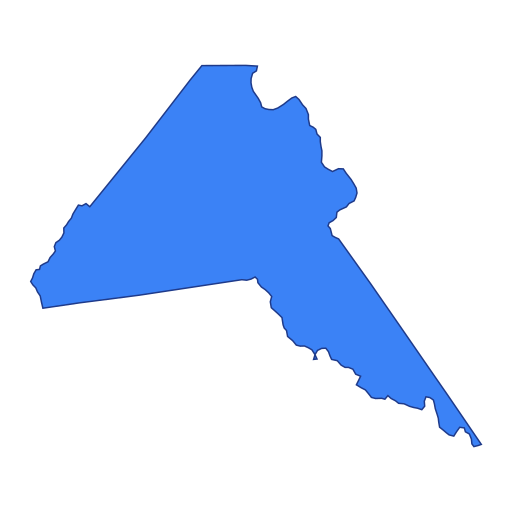 the district of Nina Rodrigues, Maranhão, Brazil
{"feature_id": "56859067B57763706087403", "entity_name": "Nina Rodrigues", "entity_type": "district", "adm_level": 2, "iso_a3": "BRA", "parent_name": "Brazil", "parent_adm1": "Maranhão", "projection": "mercator", "projection_center": [-43.774, -3.457], "detail": "fine", "context": "isolated", "style": "filled", "palette": "blue", "viewbox_px": 512, "rotation_deg": 0, "n_neighbors": 0, "source": "geoboundaries", "source_scale": "gbopen_adm2", "svg_char_len": 2329}
<svg xmlns="http://www.w3.org/2000/svg" viewBox="0 0 512 512"><path d="M201.9,65.6L190.4,79.7L145.7,137.8L89.8,206.7L86.0,203.6L82.0,205.8L78.4,205.1L75.9,209.1L72.9,214.1L71.4,218.1L68.6,221.5L66.6,224.8L63.8,228.0L63.9,232.9L61.9,237.1L59.4,240.2L55.9,242.6L54.3,246.6L55.4,251.0L53.1,254.2L50.1,257.5L48.0,261.8L43.3,264.1L40.4,265.9L39.5,269.4L36.1,269.8L33.8,273.8L32.5,278.0L30.7,281.5L32.9,284.9L35.8,287.9L37.5,291.9L40.2,295.9L41.5,302.3L42.9,308.2L79.1,302.9L139.1,295.2L241.8,279.7L246.7,280.2L251.0,279.1L255.1,277.0L257.5,279.3L257.9,282.7L261.4,287.0L265.2,289.6L268.7,292.8L271.7,296.5L270.3,301.8L271.3,307.7L277.8,313.5L282.0,317.6L282.5,321.0L283.1,324.8L284.2,328.0L286.5,330.5L287.6,336.5L292.7,340.7L296.3,345.1L300.2,346.1L304.5,346.0L308.3,347.7L311.9,349.8L315.0,354.7L317.5,350.4L321.6,348.4L325.8,348.2L328.5,351.7L330.0,355.9L331.6,359.4L337.3,360.7L341.1,365.1L345.1,367.4L348.5,367.4L352.9,369.2L355.7,374.2L360.6,376.2L358.6,380.4L356.4,384.8L361.1,387.7L365.4,389.9L369.4,394.8L371.4,397.4L375.6,398.5L381.7,398.3L384.9,399.2L387.9,395.6L391.1,398.5L395.5,400.8L398.6,403.3L404.1,403.8L409.5,406.3L413.7,407.5L417.5,408.2L421.8,409.7L424.7,406.2L424.3,401.2L426.0,396.8L429.9,397.6L433.4,400.0L434.4,403.8L435.3,408.7L437.1,414.2L438.3,418.2L438.7,421.9L439.6,427.2L443.5,430.3L446.4,432.8L449.1,434.9L453.8,436.1L456.5,431.8L459.7,427.3L464.3,427.9L465.4,431.8L469.4,434.0L471.4,439.1L471.9,443.9L473.9,446.6L478.2,445.5L481.3,444.4L447.6,395.0L436.7,379.3L432.7,373.5L402.6,329.9L370.6,283.7L338.6,238.9L335.2,237.4L332.1,235.6L330.3,228.5L328.0,225.9L329.1,222.8L333.0,220.6L336.3,217.5L336.9,212.2L339.8,209.9L346.4,206.9L349.0,203.5L354.1,200.9L355.7,197.4L357.0,193.0L356.2,188.1L353.7,183.7L351.1,179.5L346.2,173.3L343.3,168.9L338.5,168.7L332.5,171.5L328.1,169.2L324.5,166.9L321.4,162.3L321.9,155.9L321.9,150.8L321.0,146.5L320.3,141.6L320.3,137.4L317.0,134.0L315.8,129.4L313.2,127.2L309.7,125.5L308.4,119.1L308.4,114.6L306.0,108.5L302.6,104.9L299.0,99.5L295.7,96.5L291.8,98.0L287.5,101.2L283.5,104.4L277.8,108.0L273.2,109.7L268.8,109.5L265.0,108.7L261.7,106.9L260.6,102.7L258.2,98.3L253.3,91.3L251.8,87.2L251.0,82.8L251.1,78.6L252.6,73.3L256.4,70.9L257.4,66.1L245.7,65.4L201.9,65.6ZM315.0,354.7L313.6,359.4L317.0,359.0L315.0,354.7Z" fill="#3b82f6" stroke="#1e3a8a" stroke-width="1.5"/></svg>